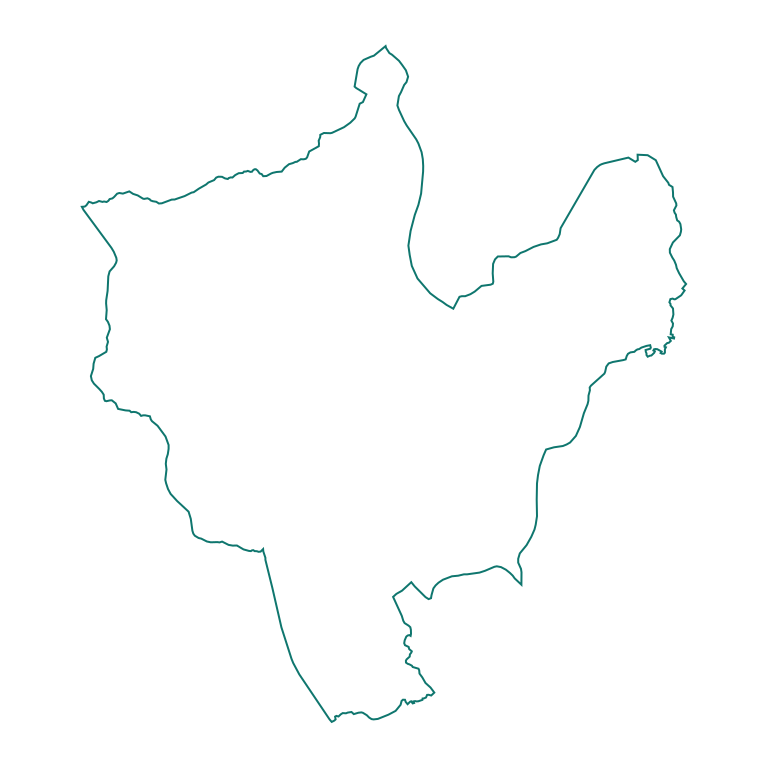 Kampong Tralach, Kâmpóng Chhnang, Cambodia (orthographic projection)
{"feature_id": "14789045B48550542527991", "entity_name": "Kampong Tralach", "entity_type": "district", "adm_level": 2, "iso_a3": "KHM", "parent_name": "Cambodia", "parent_adm1": "Kâmpóng Chhnang", "projection": "orthographic", "projection_center": [104.762, 11.974], "detail": "fine", "context": "isolated", "style": "outline", "palette": "teal", "viewbox_px": 768, "rotation_deg": 0, "n_neighbors": 0, "source": "geoboundaries", "source_scale": "gbopen_adm2", "svg_char_len": 6089}
<svg xmlns="http://www.w3.org/2000/svg" viewBox="0 0 768 768"><path d="M628.4,157.6L604.3,163.3L601.9,164.1L600.1,164.9L597.2,167.0L594.4,169.9L560.6,228.2L559.7,234.2L558.1,237.8L556.7,239.8L547.3,243.3L541.0,244.4L533.6,246.9L525.4,251.1L520.4,253.0L516.1,256.6L514.5,257.2L511.1,257.3L508.6,256.3L497.8,256.5L495.0,259.4L493.1,263.9L492.7,273.4L493.3,281.7L492.8,283.7L490.6,284.7L481.5,285.9L474.7,291.6L470.4,294.2L465.2,296.2L461.8,296.2L459.5,296.8L453.3,308.7L446.7,305.0L442.6,302.0L437.8,299.0L430.2,293.3L417.5,278.5L411.8,265.9L409.7,255.0L408.4,245.6L410.6,230.9L414.8,214.9L418.4,204.9L421.1,193.6L423.1,171.6L423.2,166.0L422.8,159.1L421.6,152.2L418.4,143.5L416.2,139.3L406.7,125.5L404.2,121.2L399.0,110.0L397.4,105.5L398.9,96.1L401.0,92.2L404.2,84.9L406.5,82.1L408.1,76.7L405.9,70.3L402.1,64.9L399.0,60.8L392.0,54.7L389.4,53.1L386.1,48.0L385.6,46.1L373.9,55.7L370.9,56.7L363.6,59.9L360.5,63.0L358.7,66.0L357.6,69.1L354.6,86.6L356.3,88.1L366.4,94.3L362.9,102.1L359.7,103.7L355.6,116.7L354.7,118.4L350.3,122.7L344.0,127.2L332.1,132.8L330.4,133.2L323.9,133.0L320.3,134.8L320.2,137.1L318.7,140.7L319.0,143.7L318.8,146.2L309.2,151.5L307.1,157.4L305.8,158.8L303.7,159.3L300.8,159.2L296.8,161.8L295.4,161.9L292.8,163.1L289.0,164.2L284.7,167.7L281.7,171.6L276.6,172.0L272.9,172.8L271.1,173.5L266.5,176.0L263.2,176.2L261.7,174.1L259.7,173.5L257.5,170.5L255.8,169.2L254.4,169.3L252.9,170.4L252.0,171.7L250.4,171.9L247.8,170.9L246.2,171.5L244.0,171.6L242.7,173.0L238.7,173.2L235.2,175.1L232.5,177.5L230.7,177.4L228.7,178.1L227.8,179.0L225.0,178.4L222.0,176.8L218.4,176.7L216.2,177.6L214.1,180.1L208.4,182.5L206.1,184.5L198.8,188.7L193.7,192.2L191.6,192.6L184.6,196.1L178.4,198.2L174.7,199.5L171.7,199.6L161.8,203.3L158.9,203.5L156.3,201.8L152.7,201.2L150.6,200.4L149.7,199.3L147.5,198.3L144.1,198.9L142.9,198.6L137.7,195.4L133.1,193.9L129.3,191.4L122.9,193.6L119.3,193.0L117.1,193.7L114.2,196.9L112.4,198.4L109.6,199.1L108.4,200.8L106.6,202.0L104.0,201.5L102.5,201.9L99.0,201.0L96.4,202.3L92.7,203.3L91.5,202.6L88.8,201.8L86.4,205.3L84.7,206.6L81.9,206.8L83.5,209.9L111.4,247.8L113.8,251.8L116.3,257.8L116.7,260.4L116.1,262.7L114.1,266.3L109.6,271.4L108.3,276.3L107.6,290.9L106.2,300.3L106.1,303.4L106.7,310.1L106.0,319.2L107.9,321.8L109.5,325.7L109.9,329.2L106.8,337.7L108.0,341.9L106.6,346.6L106.9,349.4L106.3,351.8L99.0,356.1L95.3,357.8L93.6,363.7L93.2,368.9L90.9,376.1L91.8,380.3L93.9,383.6L99.3,389.0L101.9,391.9L103.7,394.7L103.9,398.5L104.9,400.8L106.4,401.2L110.0,400.4L111.8,400.3L115.7,403.4L118.1,408.9L125.5,410.4L129.6,410.7L131.2,412.2L133.7,411.9L136.1,412.2L139.2,413.7L141.1,415.9L143.2,415.3L145.0,415.3L149.9,416.3L150.8,419.4L152.0,421.2L157.6,425.8L165.5,436.5L168.6,445.0L168.6,448.9L167.8,454.2L166.4,458.6L165.8,463.8L166.5,469.5L165.3,479.8L166.1,483.3L168.0,489.0L170.6,493.9L177.1,501.0L188.6,511.7L190.8,518.9L192.4,530.7L193.3,533.6L194.8,535.7L198.6,538.0L201.2,538.6L206.9,541.5L210.8,542.3L217.3,542.1L219.6,542.4L222.1,541.6L228.6,544.9L232.7,545.6L236.9,545.5L243.5,549.4L248.9,550.9L250.9,551.1L252.1,550.3L253.4,550.2L254.6,551.1L256.9,551.2L258.5,551.8L260.6,551.6L263.1,549.1L263.3,551.4L265.4,557.8L265.4,559.8L272.4,588.1L281.4,627.3L291.5,658.8L293.2,663.0L299.3,674.4L329.5,719.3L331.7,721.9L334.3,720.6L335.6,719.4L335.1,716.6L336.4,715.9L338.5,716.5L340.8,714.3L342.7,713.1L346.0,713.3L347.7,712.6L351.5,712.0L353.8,714.1L358.5,712.7L361.4,712.4L362.9,712.8L366.8,715.2L369.2,717.6L371.6,719.1L373.7,719.4L377.9,718.9L388.4,714.7L395.6,710.9L400.6,704.8L401.6,700.9L403.0,699.7L405.0,699.8L405.7,701.9L407.6,704.2L410.0,701.8L411.1,701.3L412.7,703.4L414.1,703.0L413.5,701.4L415.2,701.1L416.5,701.4L418.2,701.3L422.4,699.9L422.6,698.5L423.9,698.4L426.0,697.5L427.1,694.9L428.7,694.8L431.2,695.5L434.3,692.6L430.5,687.5L425.5,683.0L422.3,677.4L419.5,673.6L419.2,670.3L418.5,668.7L412.7,667.0L411.9,665.7L409.5,664.4L407.7,663.8L406.0,662.6L405.9,660.7L406.6,659.4L409.7,656.6L409.9,654.4L411.3,652.6L411.8,651.3L409.2,649.1L408.6,646.9L405.0,645.2L404.2,643.2L404.7,640.3L406.3,636.6L407.7,635.5L409.3,635.1L410.6,635.9L411.0,633.8L410.9,629.8L410.3,627.2L408.7,625.7L404.6,623.1L403.3,620.8L401.8,615.9L393.1,596.9L396.5,593.8L402.0,590.7L411.3,582.2L414.7,586.4L425.5,597.1L428.6,599.1L431.0,598.2L431.5,595.2L433.4,588.4L435.6,585.4L438.5,582.7L443.0,579.7L451.9,576.3L458.2,575.7L464.1,574.3L467.3,574.3L479.5,572.6L485.0,570.8L494.4,566.8L496.8,566.3L501.0,567.1L505.9,569.7L509.9,572.9L512.7,575.6L514.7,578.4L521.4,584.7L521.5,572.3L521.0,568.9L518.2,562.6L518.2,558.8L519.8,553.4L526.6,545.1L531.3,536.8L534.5,529.5L535.7,524.7L537.0,516.2L536.7,499.7L537.0,483.4L538.0,475.2L539.8,465.9L543.6,455.3L546.1,449.5L554.0,447.3L562.9,446.0L566.6,444.5L570.1,442.5L575.9,435.9L579.9,427.0L583.9,413.2L587.6,404.1L588.4,400.7L588.5,395.6L589.9,390.3L589.7,387.5L590.9,385.7L604.4,373.6L605.2,371.7L606.3,366.6L608.7,363.4L612.8,362.0L623.2,360.1L625.7,359.4L626.7,356.1L628.0,353.8L630.4,352.4L634.4,351.8L635.7,350.5L637.4,349.4L639.1,349.1L641.4,347.6L646.5,345.9L650.2,345.2L650.8,347.6L650.3,348.7L645.6,350.0L645.8,351.8L646.5,353.4L646.5,355.0L647.7,356.7L649.9,355.7L651.4,355.5L654.2,352.8L654.9,351.3L653.4,350.5L654.0,349.3L655.5,349.0L657.3,349.2L661.6,351.6L660.6,353.0L661.9,353.7L664.0,353.7L664.9,352.7L664.9,349.2L665.9,347.3L664.5,346.8L664.5,345.6L667.3,343.0L668.8,342.8L670.8,340.9L668.9,337.4L674.0,338.5L674.2,337.3L672.7,336.7L672.7,334.7L670.7,334.3L671.2,329.1L672.7,326.4L673.0,323.5L671.4,320.6L672.6,317.8L673.4,314.5L673.0,308.5L670.5,305.4L670.5,303.9L669.4,302.3L670.4,299.1L672.7,298.6L674.2,299.3L675.4,299.2L681.2,295.3L684.6,290.5L682.4,288.5L686.1,284.0L683.8,281.3L679.1,273.2L676.7,268.1L676.0,264.8L674.2,260.5L672.3,257.5L669.9,252.7L669.8,249.1L672.9,242.5L679.9,235.3L680.9,231.8L681.2,229.4L680.4,224.1L679.1,221.7L677.2,220.4L676.2,217.0L675.9,214.6L674.6,212.7L673.9,210.3L676.4,205.5L676.2,203.4L673.1,196.7L673.0,192.3L672.5,187.0L669.0,184.8L668.3,182.8L663.1,176.2L655.8,160.2L647.7,155.2L637.6,154.7L637.8,160.1L635.3,161.8L628.4,157.6Z" fill="none" stroke="#0f766e" stroke-width="2"/></svg>